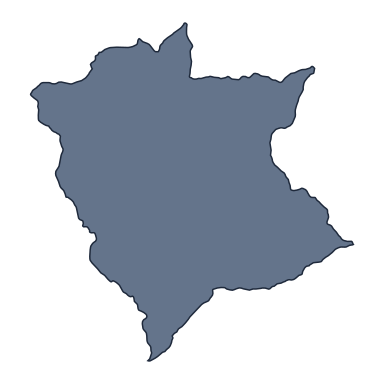 outline of Tangsibji, Tongsa, Bhutan
{"feature_id": "84629894B49334077876628", "entity_name": "Tangsibji", "entity_type": "district", "adm_level": 2, "iso_a3": "BTN", "parent_name": "Bhutan", "parent_adm1": "Tongsa", "projection": "robinson", "projection_center": [90.389, 27.406], "detail": "fine", "context": "isolated", "style": "filled", "palette": "slate", "viewbox_px": 384, "rotation_deg": 0, "n_neighbors": 0, "source": "geoboundaries", "source_scale": "gbopen_adm2", "svg_char_len": 5833}
<svg xmlns="http://www.w3.org/2000/svg" viewBox="0 0 384 384"><path d="M147.9,360.7L149.0,361.0L150.3,360.8L155.1,358.2L157.6,356.5L162.5,352.3L164.9,351.5L166.4,349.7L168.0,348.3L168.7,347.8L170.2,345.8L171.5,342.5L171.9,340.3L172.7,338.5L172.9,337.9L172.2,336.0L172.5,335.5L174.3,333.4L176.8,331.9L178.1,329.4L178.8,328.6L181.9,326.6L185.5,322.8L188.3,319.3L189.9,316.9L201.6,304.5L203.7,303.0L207.8,301.2L208.7,300.6L210.2,298.1L211.2,297.0L212.5,295.1L212.9,293.3L212.6,290.2L212.8,289.6L213.2,289.3L217.3,288.0L221.1,287.5L224.4,287.6L225.0,287.8L226.7,289.0L230.0,289.9L232.5,290.2L234.4,289.6L236.5,288.7L239.2,287.9L241.3,288.1L243.3,288.8L249.5,290.1L252.9,289.0L255.8,289.0L260.7,288.4L262.6,288.0L265.3,288.1L268.7,289.1L269.8,288.8L271.9,286.9L272.5,286.5L274.2,286.2L277.2,283.8L281.1,283.1L283.6,281.9L285.0,281.5L286.1,280.7L288.3,279.8L289.7,279.7L291.1,280.0L292.0,279.9L293.6,279.5L294.7,278.9L295.7,278.2L299.0,275.3L300.7,274.9L301.9,274.3L302.2,273.7L302.6,271.8L303.0,270.8L304.8,267.7L306.4,266.3L309.2,265.7L309.5,265.1L313.4,262.7L319.1,262.1L320.9,261.7L321.5,261.4L322.2,260.3L323.1,259.3L325.6,257.3L328.4,255.6L332.4,252.3L335.1,249.5L336.2,248.8L338.5,247.7L340.4,247.1L341.6,247.0L344.8,247.1L346.1,247.0L349.6,245.3L352.8,244.8L353.4,244.4L352.9,243.8L352.5,242.6L352.1,242.1L352.0,241.6L351.3,241.3L347.5,241.4L343.8,240.5L342.5,239.8L341.4,238.8L340.4,237.1L338.6,235.5L336.4,232.2L333.4,229.0L331.6,226.1L330.4,225.2L327.9,224.3L327.2,223.7L327.0,222.7L327.0,221.8L328.5,217.5L328.5,216.4L328.2,214.4L327.6,213.2L327.5,210.8L327.4,210.0L326.6,208.9L324.0,206.9L321.0,204.0L318.8,201.6L317.1,200.4L315.2,197.6L314.1,197.4L313.2,197.5L311.3,197.3L310.7,197.0L309.5,195.9L307.8,193.0L307.0,191.3L305.6,189.7L302.8,188.4L301.6,188.3L299.6,189.3L296.9,190.1L293.8,190.6L292.1,190.3L291.1,189.9L290.7,189.4L290.5,188.7L290.1,185.5L289.0,182.5L288.3,179.5L286.2,177.1L285.6,176.0L285.1,174.5L284.2,173.0L281.1,170.9L277.4,167.2L274.4,164.7L273.9,163.6L273.3,162.9L272.5,161.1L272.2,159.2L271.6,157.4L271.0,156.1L270.5,155.4L271.1,150.2L269.9,142.8L270.9,139.2L271.3,135.8L271.7,134.3L272.4,133.2L275.6,129.6L276.3,129.2L278.8,128.3L280.7,127.8L281.8,127.8L284.3,128.3L285.7,128.0L286.9,127.1L290.2,125.6L292.3,123.4L295.2,116.6L295.4,114.8L295.2,111.5L295.4,109.5L296.6,105.2L298.2,100.9L298.6,98.7L299.2,97.0L302.1,92.0L303.2,89.6L303.2,87.0L303.8,83.6L304.6,81.5L307.2,78.0L308.4,76.7L308.8,76.5L310.3,74.5L313.5,73.3L313.8,72.8L314.6,68.4L313.1,66.8L312.1,66.4L311.6,66.6L310.0,68.0L305.6,69.4L302.4,69.6L301.1,69.9L298.7,70.8L294.7,72.8L290.9,73.5L285.3,77.9L284.0,79.4L282.4,81.5L281.3,82.2L280.7,82.4L279.5,82.3L275.4,80.2L273.5,80.1L272.3,79.8L270.6,78.8L268.6,77.1L268.0,76.9L262.3,76.2L260.5,75.6L258.9,74.5L257.7,73.9L255.2,73.4L253.9,73.6L253.4,74.0L250.6,76.7L249.6,77.5L249.0,77.6L247.7,77.6L245.4,76.5L242.9,76.4L241.4,77.2L239.7,79.2L238.5,79.7L232.2,79.1L231.0,78.5L229.0,76.9L227.8,76.5L225.5,77.7L221.1,78.6L220.4,78.5L218.7,77.7L214.2,77.3L210.5,76.4L209.8,76.4L208.7,76.9L206.1,77.1L201.2,78.5L198.6,78.4L196.2,79.1L194.2,79.1L193.0,78.8L192.4,78.6L191.4,77.8L190.1,77.5L189.6,77.1L189.4,76.5L190.0,73.5L190.3,69.2L191.1,65.3L191.5,61.3L190.6,57.4L190.2,51.4L190.5,50.1L192.5,46.7L192.5,46.0L192.1,44.7L188.5,39.2L186.9,35.5L186.6,34.2L186.5,31.6L186.6,27.5L187.0,24.7L186.8,24.2L186.0,23.4L185.0,23.0L184.0,23.5L184.0,24.0L183.6,24.6L181.6,27.2L180.2,28.5L173.8,33.0L172.5,34.4L167.6,37.7L164.1,40.6L163.3,41.7L162.8,42.9L160.5,45.2L160.2,45.7L159.8,47.0L159.7,48.3L159.4,49.6L158.5,51.4L158.2,51.7L155.7,51.7L155.1,51.5L154.1,50.7L150.5,46.0L149.2,44.5L147.5,43.5L142.7,41.7L140.2,39.3L139.2,38.7L138.8,38.9L138.0,40.2L137.4,43.5L137.1,44.1L136.2,44.9L132.6,46.6L130.1,47.2L128.2,47.5L116.7,47.2L110.3,47.6L109.1,47.9L104.9,49.5L101.3,52.3L99.2,52.4L97.9,54.8L95.6,56.0L95.4,56.5L95.5,59.2L94.7,60.8L91.5,63.0L90.5,64.4L91.7,67.9L92.3,68.8L89.4,72.7L88.8,74.1L86.3,77.2L85.4,78.1L81.6,80.6L76.7,82.0L72.5,83.7L71.2,84.0L70.0,83.9L61.2,82.0L58.7,82.2L56.4,83.5L54.5,83.9L52.0,83.7L50.2,82.9L49.0,82.6L43.2,82.6L41.9,82.9L40.8,83.5L39.1,85.4L37.5,86.6L36.7,87.6L33.0,90.2L32.2,91.3L31.7,92.5L30.9,93.5L30.6,94.4L31.1,95.4L31.5,95.8L34.0,98.0L37.1,100.3L37.9,101.3L38.3,103.3L37.8,106.6L38.7,109.8L38.3,115.1L38.4,119.1L38.7,120.4L40.6,122.2L43.9,124.3L46.1,125.4L48.8,126.1L49.6,127.6L50.5,128.4L51.9,130.3L53.6,131.6L56.3,132.7L57.4,133.7L58.8,134.1L60.4,136.1L60.0,139.9L60.1,141.2L61.7,146.3L62.9,148.6L63.1,149.9L62.6,151.8L61.5,154.2L61.1,155.5L59.1,166.0L58.5,167.2L56.0,171.1L55.8,171.7L55.6,173.7L55.9,175.6L58.5,181.4L60.1,186.4L61.2,188.1L63.1,189.9L63.9,190.9L65.2,194.0L66.0,197.0L66.5,197.2L67.9,197.3L68.4,197.7L71.5,200.0L73.3,201.9L74.7,204.9L75.9,206.5L76.4,207.7L78.6,218.1L79.0,218.7L79.9,219.6L82.3,220.6L82.8,221.0L83.0,221.6L83.3,223.6L82.7,225.6L82.8,226.1L83.6,226.8L86.2,226.7L87.4,227.1L87.9,227.6L89.3,229.8L89.6,230.4L89.6,231.8L90.0,232.3L91.2,232.8L93.8,232.7L94.4,232.9L94.9,233.4L95.5,234.9L96.4,238.1L96.4,239.4L96.2,240.1L95.5,241.2L93.4,242.7L92.5,243.6L91.0,245.8L90.6,247.0L90.2,249.7L89.8,256.4L89.9,259.0L90.2,260.3L92.1,263.0L97.5,268.7L100.8,272.8L104.6,275.3L108.0,279.3L109.9,281.1L111.0,281.8L111.6,281.7L112.6,280.9L113.2,280.8L115.5,281.9L117.6,283.5L119.5,285.3L122.7,291.1L123.5,292.1L126.4,293.7L127.7,295.1L129.3,296.3L130.5,296.7L131.2,296.6L132.3,296.2L132.9,296.4L133.4,296.9L133.9,298.1L134.4,301.4L137.2,304.2L137.5,304.7L138.1,308.7L138.6,309.9L139.1,310.3L141.5,311.3L143.8,312.5L145.9,314.1L146.6,315.1L146.9,316.5L146.5,317.7L145.6,318.6L143.9,319.6L143.1,320.6L142.5,321.8L142.3,323.8L143.0,328.4L143.6,329.6L145.8,332.1L146.4,333.2L146.8,335.9L147.0,340.5L147.3,341.8L147.8,343.0L150.3,346.1L150.8,347.3L151.0,350.6L151.6,352.5L151.6,353.2L149.7,358.9L147.9,360.7Z" fill="#64748b" stroke="#1e293b" stroke-width="1.5"/></svg>